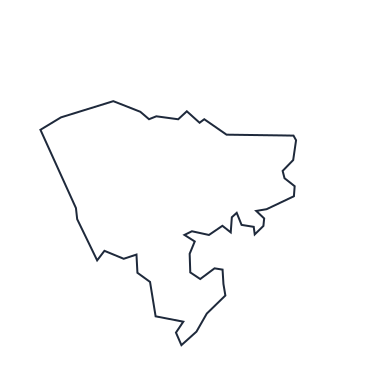 outline of Larue, Kentucky, United States of America, rotated 61°
{"feature_id": "52423323B54647754041749", "entity_name": "Larue", "entity_type": "district", "adm_level": 2, "iso_a3": "USA", "parent_name": "United States of America", "parent_adm1": "Kentucky", "projection": "natural_earth1", "projection_center": [-85.644, 37.577], "detail": "fine", "context": "isolated", "style": "outline", "palette": "slate", "viewbox_px": 384, "rotation_deg": 61, "n_neighbors": 0, "source": "geoboundaries", "source_scale": "gbopen_adm2", "svg_char_len": 827}
<svg xmlns="http://www.w3.org/2000/svg" viewBox="0 0 384 384"><g transform="rotate(61 192 192)"><path d="M64.1,294.4L149.8,301.3L160.1,305.6L205.8,308.1L201.0,297.1L217.3,284.1L219.8,270.9L236.2,278.9L250.3,272.3L283.1,284.1L301.2,262.5L307.2,274.2L320.8,275.5L316.3,255.8L305.5,238.0L298.7,213.0L287.7,209.1L274.7,202.9L269.7,209.3L272.1,227.0L261.5,232.5L244.9,224.0L236.6,213.6L225.9,219.4L226.3,211.1L237.8,198.0L236.3,181.8L246.1,177.7L233.4,169.4L231.9,163.0L244.8,164.6L252.4,154.9L259.5,157.7L256.3,146.0L250.1,141.7L239.7,145.0L243.2,135.1L245.1,104.9L236.7,99.4L224.8,104.4L217.5,102.5L213.1,88.0L197.2,75.9L191.9,75.9L186.3,85.6L158.6,134.0L134.3,146.0L135.1,151.8L118.9,157.4L121.7,168.8L108.5,186.5L107.5,194.3L96.8,198.3L74.4,216.8L63.2,270.4L64.1,294.4Z" fill="none" stroke="#1e293b" stroke-width="2"/></g></svg>